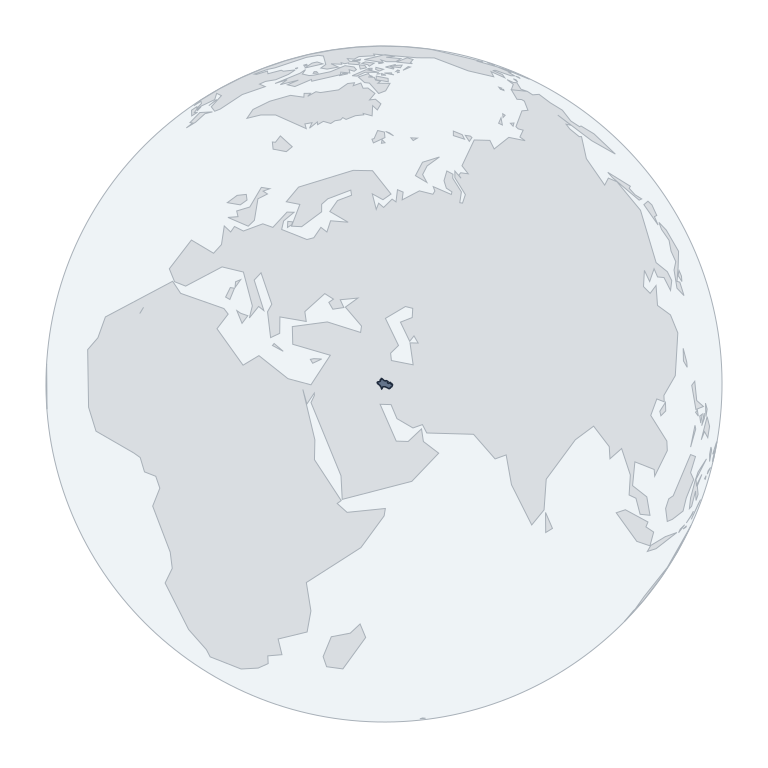 globe centered on Lorestan, rotated 7°
{"feature_id": "IRN-3220", "entity_name": "Lorestan", "entity_type": "Province", "adm_level": 1, "iso_a3": "IRN", "parent_name": "Iran", "parent_adm1": "", "projection": "orthographic", "projection_center": [48.245, 33.479], "detail": "fine", "context": "on_globe", "style": "filled", "palette": "slate", "viewbox_px": 768, "rotation_deg": 7, "n_neighbors": 0, "source": "natural_earth", "source_scale": "10m", "svg_char_len": 12027}
<svg xmlns="http://www.w3.org/2000/svg" viewBox="0 0 768 768"><g transform="rotate(7 384 384)"><circle cx="384" cy="384" r="338" fill="#eef3f6" stroke="#a8b0b8"/><path d="M386.0,46.1L391.2,46.3L427.6,50.3L443.1,52.2L436.5,52.1L468.9,57.2L491.2,63.8L463.3,56.2L458.5,55.6L472.4,59.5L470.4,59.8L476.0,62.2L472.4,62.6L456.5,59.1L453.8,59.6L463.8,62.4L466.5,65.3L452.2,60.9L455.5,65.7L429.4,62.9L394.1,54.2L376.9,56.2L333.5,57.8L334.8,59.3L319.2,62.1L314.8,65.2L308.0,65.5L310.5,67.9L317.5,67.2L321.0,68.2L319.1,70.2L310.0,70.6L309.7,69.6L306.0,70.9L302.3,70.3L303.1,71.8L292.4,72.6L300.1,75.0L289.1,78.4L282.8,78.1L287.3,73.9L283.9,65.8L278.9,65.8L267.3,69.2L237.2,83.5L230.1,85.9L217.5,92.2L219.6,92.3L230.2,87.6L231.0,90.2L243.8,85.1L246.0,85.8L257.6,83.1L251.5,88.3L239.4,95.2L229.5,98.1L223.9,101.5L229.9,103.3L208.0,114.0L187.9,131.1L182.7,133.9L178.8,129.9L187.5,117.6L182.5,115.9L181.3,122.4L168.4,130.6L164.4,134.6L162.6,137.8L165.8,137.0L160.5,141.3L159.6,135.7L164.4,131.6L164.6,133.1L168.6,127.9L167.9,125.7L161.4,130.9L166.7,125.2L185.4,110.6L205.2,97.3L225.8,85.4L247.2,75.0L269.3,66.1L292.0,58.9L315.1,53.2L338.5,49.2L362.2,46.8L386.0,46.1ZM46.7,405.1L49.8,431.9L52.5,449.3L52.6,450.1L46.7,405.1ZM454.8,54.0L447.1,52.4L455.2,54.0L454.8,54.0ZM477.4,62.5L480.3,63.1L482.0,64.2L477.4,62.5ZM260.1,80.5L258.8,81.8L257.3,81.6L260.1,80.5ZM266.3,78.4L265.5,77.3L268.3,76.1L268.8,76.8L266.3,78.4ZM478.0,66.0L479.9,68.0L475.2,65.3L478.0,66.0ZM266.7,80.1L273.4,74.3L278.4,72.5L284.3,73.7L266.7,80.1ZM479.2,68.8L484.0,74.7L490.6,76.1L474.5,76.4L475.8,70.8L469.0,66.9L475.7,69.0L479.2,68.8ZM320.6,66.1L313.0,67.0L321.1,64.5L320.6,66.1ZM324.9,64.4L344.9,57.0L355.2,57.3L346.4,59.4L361.1,59.0L356.3,62.7L347.2,63.8L341.5,62.7L344.0,65.1L324.9,64.4ZM464.8,76.0L463.6,77.3L461.8,75.4L464.8,76.0ZM323.0,68.4L326.1,66.6L335.2,66.7L330.6,70.4L329.2,69.1L323.0,68.4ZM367.3,57.4L373.3,58.4L371.1,61.6L373.1,62.6L357.1,62.9L367.3,57.4ZM326.1,70.1L328.1,72.3L322.1,74.3L320.5,70.3L326.1,70.1ZM339.5,65.3L343.6,65.6L339.8,66.6L339.5,65.3ZM301.8,83.5L305.3,80.8L310.3,80.5L301.8,83.5ZM329.2,73.0L331.3,72.4L333.7,72.1L333.7,74.0L329.2,73.0ZM356.7,65.4L354.5,66.7L363.1,65.3L361.8,68.1L351.3,68.0L355.3,69.3L354.9,70.2L346.8,69.2L356.7,65.4ZM340.9,75.3L327.2,76.9L319.5,81.7L314.8,81.9L328.0,74.2L340.9,75.3ZM345.1,71.7L341.4,73.9L337.4,72.8L337.4,70.7L345.1,71.7ZM364.6,70.3L369.3,66.0L371.5,66.2L364.6,70.3ZM339.5,76.8L342.8,76.4L339.4,77.2L339.5,76.8ZM357.8,72.3L359.2,70.7L361.5,71.0L357.8,72.3ZM348.4,77.3L343.9,77.7L343.8,76.1L348.4,77.3ZM353.3,75.2L356.2,76.0L346.4,75.3L353.5,74.3L353.3,75.2ZM359.8,72.9L361.7,72.5L358.9,73.6L359.8,72.9ZM351.4,83.5L339.1,83.0L338.8,79.3L350.8,80.2L351.4,83.5ZM93.6,443.0L85.7,386.0L94.4,373.0L99.3,351.4L161.7,307.8L171.1,318.8L215.9,328.6L220.8,333.6L211.5,349.5L241.8,382.5L256.4,371.1L288.0,390.4L311.6,393.7L327.2,362.0L288.6,355.7L286.0,338.2L320.2,329.3L354.5,335.7L354.6,329.2L336.3,312.4L347.6,301.9L330.3,305.7L334.8,313.0L324.1,316.0L319.3,309.7L323.5,305.9L314.2,301.5L296.6,321.8L299.2,331.4L272.5,330.1L274.3,346.4L265.8,351.8L259.6,326.5L262.9,318.5L248.4,288.6L242.5,296.7L255.8,325.8L250.1,322.3L242.3,334.9L243.8,322.5L230.8,290.0L209.0,287.5L175.2,311.0L163.7,308.0L156.9,295.8L175.3,264.6L198.9,275.0L205.7,265.4L206.2,246.6L213.3,251.8L216.4,245.9L225.8,249.3L244.2,239.8L254.6,242.1L266.8,225.2L273.8,224.5L264.5,234.4L263.6,243.1L289.9,250.0L296.5,247.4L302.3,236.2L308.8,240.1L311.1,228.5L328.7,227.8L309.2,219.4L315.5,207.6L328.8,200.6L327.4,195.6L305.7,207.0L300.2,213.2L301.1,220.7L283.1,237.9L273.0,238.6L278.6,216.0L264.8,215.0L275.2,199.0L327.4,175.7L346.6,173.7L367.8,194.6L360.5,201.2L349.2,196.7L355.0,211.6L356.7,205.2L362.1,208.8L369.5,199.5L373.7,201.8L373.7,189.5L379.6,191.2L379.6,199.0L395.6,188.0L409.4,189.7L411.0,186.3L408.8,182.1L427.7,187.7L428.0,185.0L422.0,182.0L418.8,174.9L420.4,164.9L426.9,167.4L427.1,171.3L437.4,183.9L437.1,194.8L439.9,194.9L441.7,186.1L429.2,170.6L428.4,164.0L435.4,170.4L432.8,167.5L434.4,165.0L442.0,165.1L434.8,157.9L443.8,130.8L459.4,129.3L464.7,137.3L477.8,124.0L494.4,125.3L488.8,122.3L491.2,115.1L486.1,114.4L483.6,112.5L487.6,96.1L493.5,94.8L488.9,86.2L486.0,84.9L481.3,85.2L474.5,76.4L490.6,76.1L496.3,78.9L502.6,77.6L514.7,84.6L527.7,90.5L537.4,100.2L546.8,104.8L548.1,103.9L561.9,110.1L585.6,127.6L560.5,117.2L523.7,95.9L538.2,104.4L533.1,104.0L537.3,108.2L547.6,114.7L549.9,114.4L557.4,135.7L578.8,159.7L581.6,152.3L590.6,154.9L617.4,180.3L639.3,230.4L651.5,238.0L657.0,246.3L657.0,256.2L648.9,244.2L642.5,244.4L638.0,236.7L635.2,249.9L628.6,239.5L629.7,255.7L637.1,261.6L642.0,253.1L645.9,272.7L659.9,280.5L669.4,297.5L672.1,340.2L663.2,361.2L664.3,367.5L656.6,365.6L652.6,382.7L671.7,406.2L673.3,415.6L663.9,442.5L662.6,435.9L642.5,430.7L643.1,454.6L658.6,464.0L664.0,481.9L654.1,482.1L648.0,466.7L640.8,464.3L639.6,444.3L627.7,419.1L617.4,430.7L615.2,418.7L597.2,400.3L580.7,416.0L556.6,458.7L558.2,489.5L547.8,505.9L522.8,468.4L513.9,439.5L503.4,444.8L479.0,423.0L432.4,427.4L427.1,419.6L418.1,424.1L401.1,416.8L393.5,403.6L382.6,404.6L403.1,439.2L415.0,438.1L426.7,424.0L430.1,436.3L446.7,446.0L423.5,477.2L356.6,503.6L352.5,480.3L313.8,411.3L316.3,403.9L316.2,403.1L315.9,401.5L309.9,413.2L304.1,399.3L322.2,447.9L324.2,467.6L355.7,504.9L352.1,508.3L363.0,515.9L400.5,507.4L400.2,514.9L381.0,549.2L331.1,590.5L339.1,618.1L337.9,639.5L310.0,650.0L315.7,665.1L301.8,668.0L303.1,675.6L293.7,681.3L276.9,684.3L244.7,676.0L240.1,669.3L220.0,651.5L191.0,608.2L196.3,592.8L192.3,576.9L169.3,533.4L174.2,514.7L168.7,503.4L157.0,500.4L151.0,486.7L144.2,483.0L103.9,465.9L93.6,443.0ZM136.0,337.2L133.3,343.3L133.2,343.3L136.0,337.2ZM388.5,359.8L410.6,361.4L404.8,340.0L412.9,339.2L407.9,332.6L404.3,338.5L392.8,320.6L403.9,314.6L403.3,305.4L395.8,304.5L377.4,318.7L393.7,344.0L386.8,352.6L388.5,359.8ZM168.5,130.9L168.4,131.5L165.6,135.3L164.9,134.7L168.5,130.9ZM165.1,147.1L156.6,153.9L162.2,148.3L159.6,148.2L168.1,137.0L180.6,134.8L173.4,137.5L165.1,147.1ZM183.0,122.5L176.2,129.1L183.2,122.0L183.0,122.5ZM224.2,212.6L225.6,218.1L219.5,223.7L206.4,223.1L215.2,214.7L224.2,212.6ZM229.2,224.7L238.3,203.8L246.8,204.1L240.5,207.3L245.2,209.6L236.3,215.5L235.4,237.3L230.0,243.9L208.8,237.7L218.7,235.7L216.7,230.2L229.2,224.7ZM246.8,157.3L250.9,150.4L264.0,159.7L258.7,165.3L245.3,164.4L243.7,157.4L246.8,157.3ZM275.9,84.3L276.6,82.5L279.1,82.2L280.5,83.4L275.9,84.3ZM303.0,82.3L275.4,92.3L274.8,90.6L259.3,99.6L251.7,98.8L262.0,92.8L244.6,99.5L250.8,93.8L239.2,99.0L262.9,85.7L267.8,81.5L265.2,86.3L272.0,87.0L276.5,86.1L292.7,80.6L306.6,72.8L315.6,73.0L318.3,75.3L316.3,77.2L311.1,76.3L312.2,79.5L303.1,79.7L303.0,82.3ZM344.0,112.8L338.8,109.1L339.5,119.3L330.4,118.0L331.1,119.3L322.9,121.2L314.1,126.0L310.6,124.6L308.7,127.1L303.2,128.7L299.4,131.9L291.8,130.7L286.5,134.7L285.9,132.0L278.9,139.2L280.7,133.4L273.8,135.5L275.7,140.0L243.7,130.2L228.9,132.0L215.6,137.0L220.5,127.5L236.1,117.3L256.0,108.9L269.5,109.1L269.3,105.3L275.7,104.4L273.2,107.8L280.8,102.2L285.4,102.5L303.1,97.6L311.3,90.2L318.0,88.6L317.1,91.7L324.3,88.1L327.2,93.0L332.0,92.2L339.6,96.7L335.0,103.8L340.8,102.4L346.8,106.3L344.0,112.8ZM353.3,84.9L349.9,92.8L343.3,96.3L332.8,87.1L328.0,87.2L321.1,82.4L330.8,77.7L331.9,79.4L335.2,80.1L330.9,81.2L336.9,80.8L338.6,83.4L343.7,83.8L341.2,86.2L353.3,84.9ZM229.0,329.1L233.2,331.3L240.5,332.8L235.7,341.1L229.0,329.1ZM219.7,307.0L223.9,307.2L220.7,318.9L216.2,317.0L219.7,307.0ZM229.0,297.9L224.4,306.4L224.2,300.6L229.0,297.9ZM268.7,234.3L273.6,234.2L273.0,237.1L269.1,240.4L268.7,234.3ZM344.1,146.0L342.2,142.5L344.3,141.6L346.8,133.2L353.7,133.9L354.9,139.3L344.1,146.0ZM319.1,366.8L310.7,372.1L307.9,368.5L311.3,367.4L319.1,366.8ZM270.0,357.2L280.0,363.8L268.6,359.4L270.0,357.2ZM352.1,145.4L352.3,141.7L355.6,144.4L352.1,145.4ZM358.9,134.1L363.2,136.5L354.8,133.1L358.9,134.1ZM462.9,710.8L466.0,710.7L460.4,712.0L462.9,710.8ZM396.7,637.8L377.9,671.8L361.5,671.6L356.8,662.0L362.5,641.3L380.9,635.4L389.5,625.1L396.7,637.8ZM698.5,491.5L701.5,487.9L701.1,489.4L698.5,491.5ZM695.7,492.0L699.6,487.0L694.5,495.7L695.7,492.0ZM701.0,485.1L704.9,477.0L706.6,472.5L705.9,475.6L701.0,485.1ZM692.8,495.7L674.1,514.3L665.8,518.1L668.5,511.7L681.9,501.2L692.8,495.7ZM667.7,512.2L654.1,509.4L630.2,483.5L638.9,479.4L662.8,488.8L661.4,493.9L669.7,498.1L667.7,512.2ZM697.9,460.2L696.3,473.7L686.7,483.2L681.9,485.9L678.7,473.2L680.6,463.3L684.7,459.7L696.9,416.7L702.0,418.0L699.1,434.6L703.0,441.0L697.9,460.2ZM560.0,491.8L568.8,506.8L562.6,511.7L560.0,491.8ZM698.9,390.7L696.0,409.3L697.7,387.1L698.9,390.7ZM698.2,371.7L699.9,377.6L696.7,374.1L698.2,371.7ZM666.9,376.4L662.7,381.8L661.1,377.4L665.6,368.0L666.9,376.4ZM676.6,312.1L681.8,325.3L682.9,330.5L678.4,324.6L676.6,312.1ZM411.4,151.9L400.2,162.3L396.8,171.4L402.0,178.7L389.8,173.4L395.2,159.2L411.4,151.9ZM439.1,132.8L434.4,127.3L439.5,127.4L441.3,128.7L439.1,132.8ZM434.1,131.2L422.6,129.0L422.0,124.5L431.2,127.0L434.1,131.2ZM387.1,135.9L383.3,138.8L380.7,136.4L387.1,135.9ZM651.4,590.7L659.2,578.6L660.7,576.9L668.1,563.2L687.6,531.4L703.7,492.6L705.9,486.9L695.7,514.6L683.1,541.2L668.3,566.6L651.4,590.7ZM705.5,480.9L710.6,464.6L712.3,460.1L705.5,480.9ZM720.3,417.0L719.6,421.3L719.5,418.2L720.6,409.7L718.8,413.7L721.0,401.7L720.9,409.6L721.5,400.4L720.3,417.0ZM719.1,427.8L719.1,427.5L719.1,427.4L719.1,427.8ZM714.9,435.7L714.6,439.3L713.7,439.1L714.9,435.7ZM716.3,430.7L718.3,427.0L715.8,434.1L716.3,430.7ZM705.3,440.6L706.5,446.4L710.5,435.0L707.4,447.0L709.2,455.3L707.9,461.6L706.3,452.2L704.2,467.9L702.3,470.5L702.2,459.9L704.6,442.1L706.4,433.2L713.2,419.0L705.3,440.6ZM716.6,421.3L715.8,414.1L716.2,406.7L717.2,409.4L716.6,421.3ZM711.9,397.8L707.9,392.2L705.7,400.7L708.7,377.0L712.3,386.3L711.9,397.8ZM706.2,378.9L704.4,386.7L705.4,373.8L706.2,378.9ZM703.1,384.2L701.3,377.3L703.6,375.1L703.1,384.2ZM707.5,377.1L705.4,363.8L707.8,369.5L707.5,377.1ZM696.4,362.3L703.8,367.4L696.7,371.3L689.6,347.8L692.1,343.4L696.4,362.3ZM667.2,246.0L662.7,240.5L663.1,235.5L666.1,240.7L667.2,246.0ZM660.2,216.4L661.7,232.4L662.3,246.4L665.2,246.9L671.0,259.7L663.1,253.2L658.0,235.5L658.7,227.0L652.7,217.1L649.4,206.6L640.6,196.7L637.2,190.1L645.4,196.8L660.2,216.4ZM636.7,192.8L620.1,174.3L623.7,170.4L628.1,173.6L634.2,183.5L632.0,184.9L636.7,192.8ZM617.2,168.9L614.8,170.4L585.6,151.3L580.3,146.6L604.4,157.7L603.5,159.9L610.1,165.6L617.2,168.9ZM467.3,78.1L463.9,77.3L466.8,77.0L467.3,78.1ZM480.7,112.4L477.7,109.8L481.2,109.1L480.7,112.4ZM471.5,102.5L469.7,105.0L468.9,101.3L471.5,102.5ZM466.0,111.2L467.7,105.5L469.9,112.5L466.0,111.2Z" fill="#d9dde1" stroke="#a8b0b8" stroke-width="1"/><path d="M392.6,383.8L392.5,384.1L392.5,384.4L392.5,384.6L392.1,385.6L392.0,385.8L391.9,386.0L391.2,386.2L390.9,386.5L390.8,387.2L390.6,387.4L390.2,387.5L390.0,387.9L389.6,388.0L388.9,387.9L387.8,387.2L386.7,387.1L386.4,387.0L386.1,386.7L385.6,386.6L385.1,386.6L384.7,386.7L383.5,386.8L383.2,387.0L382.6,388.8L382.3,389.2L382.2,389.1L381.3,387.3L380.8,386.5L380.6,386.3L380.4,386.3L380.4,386.2L380.2,385.9L379.9,385.7L379.3,385.4L379.1,385.3L378.9,385.2L378.5,384.8L378.4,384.8L378.3,384.7L378.1,384.7L377.9,384.6L377.9,384.4L377.9,384.2L377.6,384.0L377.4,383.8L377.2,383.8L377.1,383.6L377.1,383.2L377.3,383.1L377.4,382.8L377.7,382.6L379.4,382.1L379.5,382.0L379.8,381.8L379.9,381.7L380.0,381.5L380.0,381.3L380.0,381.0L379.9,380.8L379.8,380.7L380.0,380.5L379.9,380.5L379.9,380.4L380.0,380.3L379.9,380.2L380.2,379.8L380.5,379.8L380.7,379.7L380.8,379.4L380.7,379.0L380.7,378.9L380.8,378.9L381.0,378.8L381.3,378.9L381.6,379.1L383.8,380.6L384.9,380.7L385.1,380.8L385.2,380.7L385.5,380.5L385.6,380.4L385.9,380.5L386.2,380.4L387.6,381.0L387.4,381.3L387.5,381.5L387.3,382.0L387.3,382.3L387.6,382.6L387.9,382.7L388.5,382.7L388.6,382.8L389.0,382.5L389.1,382.4L389.2,381.9L389.5,381.8L389.7,381.7L390.0,381.6L390.5,381.9L390.6,382.1L390.6,382.3L390.5,382.5L390.5,382.8L391.1,383.1L391.2,383.3L391.4,383.4L391.5,383.3L391.5,383.1L391.8,382.8L392.0,383.0L392.2,383.3L392.3,383.6L392.6,383.8L392.6,383.8Z" fill="#64748b" stroke="#1e293b" stroke-width="1.5"/></g></svg>